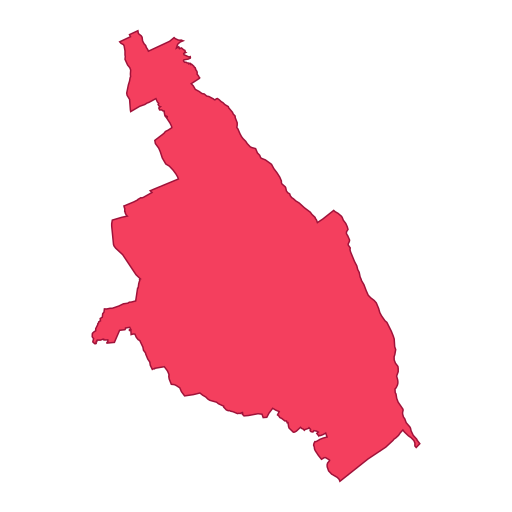 Gusoeni, Vâlcea, Romania
{"feature_id": "2599482B73912524468406", "entity_name": "Gusoeni", "entity_type": "district", "adm_level": 2, "iso_a3": "ROU", "parent_name": "Romania", "parent_adm1": "Vâlcea", "projection": "mercator", "projection_center": [24.113, 44.728], "detail": "fine", "context": "isolated", "style": "filled", "palette": "rose", "viewbox_px": 512, "rotation_deg": 0, "n_neighbors": 0, "source": "geoboundaries", "source_scale": "gbopen_adm2", "svg_char_len": 6012}
<svg xmlns="http://www.w3.org/2000/svg" viewBox="0 0 512 512"><path d="M339.9,481.3L368.1,458.9L385.8,447.1L393.0,440.4L393.9,439.2L395.9,437.8L398.5,435.4L400.2,432.9L402.9,430.0L404.4,432.0L408.4,435.8L411.1,437.7L413.9,440.6L414.9,443.1L414.9,446.0L416.2,447.5L419.8,443.7L416.9,439.9L416.9,439.4L413.2,435.3L411.1,430.9L410.5,428.2L409.9,427.0L406.2,422.7L404.7,418.7L403.5,417.1L402.6,414.0L402.6,412.4L403.1,410.1L402.9,409.1L398.1,402.1L396.7,398.4L396.0,394.0L395.2,392.6L395.0,389.0L396.1,387.8L397.4,385.1L397.8,383.6L397.9,382.0L397.7,380.0L396.6,376.1L398.2,371.7L398.2,368.6L397.9,366.4L395.4,363.1L394.2,360.0L394.1,356.8L394.8,354.6L395.7,349.6L394.7,346.8L394.2,339.0L393.2,335.9L391.4,331.4L386.9,322.4L385.0,320.8L381.5,315.8L379.8,312.6L378.6,308.4L376.3,302.9L374.2,300.5L370.7,297.8L368.2,295.2L366.2,290.7L363.9,284.6L361.4,280.4L361.2,279.4L360.1,276.9L359.2,272.4L357.7,269.5L356.8,265.9L354.5,261.5L350.6,252.0L350.0,249.8L350.2,247.9L348.2,245.0L348.2,243.9L349.3,241.6L349.6,240.1L347.7,235.7L346.7,234.2L346.4,233.3L346.5,231.8L348.0,229.4L347.3,226.9L345.8,223.5L343.3,220.2L342.2,217.4L341.4,216.2L338.1,213.4L335.0,211.6L333.7,210.4L322.7,219.1L317.4,222.6L316.5,220.0L315.3,218.3L315.1,217.4L311.9,214.4L310.3,212.2L304.3,207.7L299.2,203.0L295.9,201.0L293.5,198.8L291.7,197.6L290.3,195.8L289.7,193.9L287.7,192.7L286.4,190.9L285.7,187.7L285.3,186.9L281.9,183.9L281.4,182.7L281.4,181.0L279.8,177.2L277.0,172.8L273.8,168.6L271.5,164.3L265.4,159.9L261.2,158.2L260.5,157.3L259.7,155.3L257.4,152.9L255.6,148.6L251.9,147.6L250.2,146.8L247.2,143.6L245.7,141.3L243.0,138.6L241.5,136.6L239.9,133.6L237.9,128.9L236.8,127.5L237.2,125.1L237.2,122.8L235.2,117.6L235.1,116.0L233.2,114.0L232.5,112.3L228.7,107.8L228.3,106.6L224.9,104.6L222.9,102.6L221.3,101.7L219.0,99.6L217.4,98.5L216.3,98.8L215.3,99.7L214.5,99.8L213.4,98.9L208.9,96.5L206.7,96.1L204.3,94.0L201.9,93.5L199.2,91.5L195.3,89.4L193.3,85.9L191.2,83.7L199.5,78.3L199.7,77.8L199.1,77.2L198.4,75.8L197.1,74.2L197.2,72.6L196.9,71.3L195.6,69.5L195.7,69.2L195.1,67.6L194.4,67.3L193.9,66.3L191.7,64.3L190.8,64.5L190.7,63.7L190.1,63.3L188.9,63.9L188.7,63.1L187.0,62.9L186.0,62.2L184.6,62.3L183.6,61.2L183.5,60.5L184.0,59.8L188.2,59.1L190.3,58.1L190.4,57.5L190.2,56.6L189.0,57.0L184.0,54.7L183.7,53.4L185.8,52.5L184.9,52.0L185.2,51.4L184.9,50.4L183.5,49.7L181.8,48.2L181.3,47.9L179.4,48.7L179.2,48.5L179.5,48.1L178.7,46.7L176.4,48.1L177.5,44.6L178.2,43.7L180.2,42.0L183.1,40.8L181.0,40.0L180.4,40.3L178.2,40.0L175.2,38.6L174.1,37.6L169.6,41.3L148.4,51.2L147.7,49.5L146.3,47.4L145.7,45.5L144.1,43.8L142.6,41.0L142.1,37.2L141.2,35.8L138.9,34.0L138.3,33.2L137.9,30.7L129.5,34.6L130.5,36.7L119.7,41.8L121.0,43.3L123.4,44.6L124.1,45.8L125.0,50.9L125.0,55.1L125.3,56.4L125.0,59.3L127.6,65.0L129.8,67.7L130.7,70.1L130.4,74.0L130.6,76.7L130.1,77.8L129.6,80.9L128.4,84.8L126.7,93.1L127.1,95.3L129.6,99.4L130.4,110.0L130.7,111.6L139.7,106.3L144.8,104.5L147.1,103.0L148.7,102.5L155.9,98.6L157.3,101.8L158.7,103.4L158.1,104.4L158.7,105.6L159.5,106.5L160.4,106.7L158.8,108.0L159.3,109.2L159.6,109.9L161.7,109.9L163.1,111.0L164.0,110.9L164.3,111.3L164.2,112.2L164.8,115.3L165.9,115.8L165.9,116.2L165.4,116.4L165.9,117.0L167.0,116.4L167.3,116.6L167.2,117.3L166.6,117.9L170.1,123.2L171.6,126.4L171.8,127.7L168.2,130.1L165.4,131.5L163.9,133.4L154.8,140.4L155.4,143.6L158.7,148.1L160.3,151.8L162.3,158.0L165.8,164.0L169.3,166.1L173.0,170.0L175.9,173.9L177.7,177.0L178.4,179.0L150.2,190.7L152.0,192.5L143.3,197.4L141.9,197.9L140.9,197.7L137.8,199.5L137.7,199.9L133.8,201.9L123.9,206.0L124.3,207.0L124.3,207.8L124.8,208.3L124.7,211.4L125.3,212.1L125.1,212.7L126.1,214.8L127.3,216.1L121.4,217.4L112.3,220.1L111.7,223.7L111.7,226.0L113.5,244.4L114.0,245.9L115.6,248.1L122.7,254.7L136.0,274.7L140.4,278.9L139.7,279.2L139.5,279.7L139.8,280.6L139.3,281.6L138.7,283.8L138.2,287.8L137.6,288.1L135.7,300.9L131.2,302.1L129.3,302.2L127.8,303.2L123.4,303.8L118.9,306.0L112.2,308.3L109.9,308.3L106.6,309.0L104.4,308.9L104.0,312.1L102.7,313.7L102.3,317.2L100.2,318.5L100.4,319.6L100.2,320.1L100.5,320.8L98.7,321.9L98.6,322.8L97.8,323.7L97.8,324.5L95.7,328.7L95.7,330.8L94.3,331.6L92.6,333.1L92.3,333.8L92.2,336.6L92.7,337.6L93.6,338.5L92.8,341.9L94.7,343.7L95.8,343.7L96.2,343.4L96.0,342.1L96.8,341.7L96.9,340.4L97.2,340.1L100.5,340.1L102.9,339.2L103.7,339.2L103.8,339.9L104.1,340.0L107.8,339.9L107.9,341.5L106.9,342.5L107.0,343.1L114.4,342.4L119.6,330.3L124.9,329.7L125.5,328.8L125.5,328.0L129.7,327.3L130.8,329.4L129.5,329.7L129.3,330.0L129.5,330.5L130.9,330.5L131.1,334.6L133.1,334.0L134.9,334.1L136.3,337.3L138.1,339.6L139.8,340.6L142.9,347.1L143.5,350.3L145.5,352.9L145.7,354.0L147.8,359.1L149.8,362.1L150.3,365.3L152.3,369.4L153.1,368.9L154.6,368.8L154.8,368.3L164.3,366.7L167.3,370.7L168.2,372.6L169.0,374.6L168.8,376.5L169.2,379.0L171.3,384.3L174.2,384.6L175.7,385.2L179.8,387.8L181.4,391.6L184.6,395.9L193.4,394.6L199.9,393.0L202.7,395.2L205.8,397.0L207.9,399.1L209.8,400.3L216.6,402.2L218.4,403.7L223.7,406.2L223.7,407.1L226.3,409.9L228.2,410.7L229.6,410.6L230.7,411.2L233.0,411.7L237.5,413.6L238.9,413.3L240.3,413.5L241.3,412.8L242.5,412.5L242.7,413.3L242.2,414.0L244.0,415.9L248.5,415.5L258.0,413.7L262.0,414.2L263.2,417.6L266.8,417.3L269.0,413.1L272.7,408.3L275.7,410.1L279.2,411.6L277.5,414.9L278.7,415.8L279.8,417.5L281.8,418.5L284.8,420.9L286.5,421.0L287.2,422.8L288.0,422.6L288.6,426.7L289.1,428.1L293.3,432.2L294.6,432.1L296.4,431.1L300.5,427.3L301.6,428.4L303.4,429.2L304.3,430.3L305.1,429.5L308.6,428.3L309.0,427.7L310.5,429.3L310.6,429.7L310.1,430.2L310.2,430.8L311.1,431.7L312.9,432.0L313.9,430.6L316.6,431.1L318.3,432.1L316.8,433.4L318.8,436.0L319.1,435.5L320.4,435.6L323.0,434.6L325.7,433.1L327.1,437.0L323.1,438.1L320.0,439.3L316.9,441.2L315.6,441.7L314.9,441.6L314.0,443.3L313.6,445.1L314.3,447.1L314.5,448.9L315.2,450.6L318.3,455.3L321.5,459.3L324.1,457.7L325.6,457.6L329.5,460.0L329.6,460.6L327.6,463.0L327.1,464.8L327.2,466.9L328.6,470.9L331.6,474.1L337.3,477.4L339.2,479.4L339.9,481.3Z" fill="#f43f5e" stroke="#9f1239" stroke-width="1.5"/></svg>